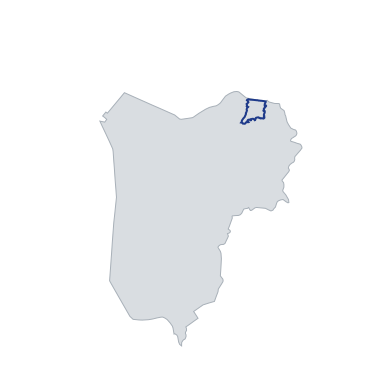 location of Telafar, Ninawa, Iraq, rotated 55°
{"feature_id": "34846034B27680259981934", "entity_name": "Telafar", "entity_type": "district", "adm_level": 2, "iso_a3": "IRQ", "parent_name": "Iraq", "parent_adm1": "Ninawa", "projection": "mercator", "projection_center": [42.455, 36.523], "detail": "fine", "context": "in_parent", "style": "outline", "palette": "blue", "viewbox_px": 384, "rotation_deg": 55, "n_neighbors": 0, "source": "geoboundaries", "source_scale": "gbopen_adm2", "svg_char_len": 5957}
<svg xmlns="http://www.w3.org/2000/svg" viewBox="0 0 384 384"><g transform="rotate(55 192 192)"><path d="M160.0,77.9L162.4,77.3L166.8,73.6L169.4,70.1L170.2,69.8L172.6,70.9L174.2,71.3L178.1,69.9L180.3,70.6L182.2,71.5L183.3,71.6L188.5,73.7L189.7,74.0L192.4,74.3L196.3,74.4L198.9,73.0L200.7,71.6L201.9,71.6L203.2,72.0L204.2,72.5L205.1,73.6L205.5,75.0L205.3,79.7L205.7,80.9L206.4,81.8L207.3,81.9L208.4,80.9L210.2,79.5L212.5,77.9L214.3,76.4L215.2,75.8L216.8,75.9L218.3,76.2L219.2,76.9L219.2,77.1L220.0,79.3L222.0,87.4L223.1,88.5L224.5,89.3L225.4,90.5L225.8,91.7L225.6,93.6L225.7,95.8L226.2,97.5L227.0,98.7L227.7,99.4L228.7,99.4L230.0,99.7L230.8,101.0L233.5,110.2L233.8,111.4L234.9,111.8L236.8,111.6L238.7,112.5L240.8,114.0L242.7,116.8L244.0,117.2L248.1,116.8L253.6,117.3L256.2,118.7L255.9,119.6L253.9,120.6L250.4,121.7L249.4,123.7L248.8,126.2L248.9,127.7L249.8,129.2L252.2,132.3L252.4,133.5L252.8,135.0L253.3,136.1L252.8,138.2L250.5,139.6L247.5,141.2L241.6,148.1L241.1,149.5L241.2,153.6L240.6,154.8L238.7,154.7L237.2,154.5L237.2,156.0L236.2,157.9L235.7,159.5L237.9,163.4L238.3,165.4L237.9,167.3L235.9,170.5L234.7,172.7L235.0,173.2L236.5,174.0L241.5,181.1L243.1,183.6L245.1,182.9L245.9,183.0L246.5,183.4L246.9,184.2L246.9,185.3L246.4,186.8L249.0,187.5L250.0,189.1L253.1,194.6L253.0,196.2L251.5,198.8L251.5,200.5L251.8,202.0L252.3,202.5L256.8,202.8L258.8,203.4L263.5,206.2L268.9,210.4L273.3,213.9L277.0,216.9L281.1,216.7L282.2,217.2L283.2,218.1L284.3,220.6L286.6,226.1L288.6,227.9L291.6,232.3L294.5,236.4L292.6,241.9L290.8,247.7L290.8,255.2L290.8,259.2L294.6,259.3L298.9,259.5L298.9,264.3L299.0,269.1L299.0,274.5L300.3,274.7L302.3,275.9L303.1,277.7L304.2,278.6L305.5,278.8L306.8,279.6L308.0,281.2L308.5,282.4L308.2,283.2L308.4,284.6L309.3,286.7L310.4,287.6L312.1,288.8L309.8,289.5L307.3,289.0L302.1,286.6L300.4,286.5L298.2,287.4L298.1,288.2L292.6,285.6L290.6,285.0L289.9,285.0L286.7,285.0L282.2,285.5L279.5,286.6L277.7,287.7L276.9,288.9L276.6,289.5L275.1,292.8L273.5,297.0L271.7,300.8L268.4,306.2L266.5,308.7L262.5,313.3L258.2,314.2L248.3,313.3L237.2,312.3L226.2,311.3L218.0,310.5L217.3,310.3L209.2,303.7L202.8,298.5L194.8,292.0L186.6,285.4L178.3,278.6L172.3,273.7L165.0,267.3L158.3,261.5L153.0,256.9L146.3,252.9L141.0,249.8L133.3,245.2L127.2,241.5L121.9,238.4L113.8,233.5L111.2,232.2L102.8,230.6L94.8,229.2L86.6,227.8L81.1,226.8L84.7,223.4L83.6,220.2L80.9,220.8L78.5,221.6L77.1,216.7L78.9,216.1L77.2,209.8L75.4,203.2L73.7,196.9L71.9,190.4L78.9,186.2L84.1,183.1L91.4,178.7L98.4,174.5L105.1,170.4L112.4,166.0L119.0,162.0L125.1,160.3L126.3,159.1L129.1,153.6L131.4,148.9L131.5,147.8L131.5,141.2L132.0,133.4L132.7,129.2L134.1,125.4L135.3,122.7L135.5,120.2L135.3,117.6L134.0,113.7L132.7,109.6L132.8,105.7L133.1,103.5L133.9,100.2L135.3,97.7L136.9,96.2L142.6,94.6L146.0,93.6L150.6,89.2L153.3,86.6L157.0,82.5L159.8,79.4L160.0,78.3L160.0,77.9Z" fill="#d9dde1" stroke="#a8b0b8" stroke-width="1"/><path d="M165.3,111.0L165.4,110.8L165.5,110.6L165.7,110.4L165.8,110.3L165.9,110.2L166.1,110.0L166.2,109.9L166.4,109.5L166.4,109.3L166.4,109.0L166.3,108.5L166.2,108.4L166.0,108.2L166.0,107.4L166.0,107.2L166.4,106.7L166.5,106.6L166.7,106.4L166.9,106.2L167.0,106.1L167.1,105.9L167.2,105.6L166.9,105.6L166.5,105.7L165.8,105.7L165.5,105.8L165.3,105.5L165.2,105.2L165.1,104.9L165.1,104.6L165.2,104.4L165.3,104.0L165.4,103.8L165.5,103.7L165.8,103.3L166.0,103.1L166.4,103.1L166.7,103.0L166.7,102.9L166.9,102.7L167.0,102.5L166.6,102.3L166.1,102.0L166.3,101.6L166.4,101.3L166.6,100.7L167.1,99.9L167.6,99.7L167.9,99.5L168.3,99.5L168.7,99.4L169.2,99.4L169.3,99.0L169.0,98.6L168.8,98.4L168.6,98.3L168.4,98.2L168.4,97.8L168.2,97.7L168.0,97.4L168.0,96.8L168.1,96.7L168.2,96.3L168.3,96.0L168.4,95.8L168.4,95.7L168.5,95.5L168.7,95.2L168.8,95.0L168.9,94.8L169.1,94.6L169.5,94.5L169.8,94.5L170.0,94.5L170.1,94.4L170.3,94.0L170.4,93.8L170.6,93.8L170.8,93.7L171.0,93.7L171.3,93.2L171.5,92.9L171.5,92.6L171.8,92.3L172.1,92.0L172.3,91.8L172.7,91.6L172.8,91.3L172.9,91.1L172.8,90.6L172.8,90.3L172.7,90.1L171.8,90.1L171.6,90.0L171.5,89.9L171.4,89.5L171.3,89.2L171.1,89.2L170.8,89.2L170.7,89.2L170.3,89.1L170.1,89.0L169.9,88.8L169.6,88.3L169.5,88.2L169.4,88.1L169.2,87.9L168.9,87.5L168.8,87.0L168.3,86.6L168.0,86.4L167.9,86.3L167.6,86.1L167.4,86.0L166.8,86.1L166.8,86.4L166.8,86.7L166.8,86.8L166.6,86.9L166.4,86.9L166.2,86.5L166.1,86.4L165.9,86.2L165.6,85.7L165.1,85.5L164.8,85.2L164.8,84.3L164.7,84.0L164.5,83.5L164.4,83.3L164.3,82.9L164.3,82.6L164.2,82.4L164.1,82.0L164.0,81.9L163.6,81.9L163.5,82.3L163.4,82.8L163.3,83.1L163.0,83.0L162.3,82.5L162.1,82.2L161.8,82.1L161.4,81.6L161.1,81.1L161.0,80.8L160.8,80.5L160.7,80.2L160.4,80.0L160.1,79.7L158.1,81.7L157.3,82.6L156.9,83.0L156.6,83.5L156.1,84.0L155.6,84.6L155.4,84.9L154.8,85.4L154.5,85.6L154.0,86.3L153.4,87.0L152.6,87.9L151.8,88.8L150.9,89.9L150.4,90.5L149.8,91.3L148.9,92.1L148.2,92.7L148.3,93.2L148.3,93.3L148.4,93.7L148.4,93.8L148.2,94.0L148.2,94.3L148.3,94.4L148.6,94.2L148.8,94.1L149.1,94.1L149.4,94.2L149.7,94.3L149.7,94.2L149.9,94.1L150.1,94.3L150.5,94.3L150.8,94.3L150.9,94.6L150.9,94.8L151.0,95.0L151.2,95.5L151.2,95.9L151.1,96.1L151.1,96.3L151.2,96.6L151.2,96.8L151.4,96.9L151.8,96.9L151.9,97.0L152.4,97.2L152.6,97.3L152.8,97.4L152.9,97.5L153.0,97.7L153.1,98.0L153.3,98.0L153.4,97.9L153.8,97.6L154.2,97.3L154.4,97.3L154.6,97.2L154.7,97.5L154.7,97.9L154.7,98.2L154.7,98.5L154.8,98.8L155.0,99.1L155.3,99.4L155.6,99.7L155.9,100.0L156.0,100.1L156.4,100.1L156.6,100.1L156.8,100.4L157.2,100.8L157.6,101.4L157.7,101.5L157.8,101.7L157.9,101.9L158.1,102.3L158.3,102.7L158.9,102.9L159.0,103.0L159.2,103.3L159.4,103.6L159.6,103.9L159.7,104.1L159.8,104.2L159.9,104.5L160.0,104.6L160.2,105.0L160.7,105.7L160.8,106.0L160.9,106.7L161.1,107.1L161.1,107.5L161.2,107.8L161.4,108.4L161.5,108.6L162.1,110.2L162.3,110.3L162.6,110.6L162.8,110.7L162.9,110.8L163.0,111.0L163.1,111.3L163.2,111.6L163.3,111.9L163.6,111.6L164.1,111.3L164.4,111.0L164.6,111.0L164.9,111.0L165.0,111.0L165.3,111.0L165.3,111.0Z" fill="none" stroke="#1e3a8a" stroke-width="2"/></g></svg>